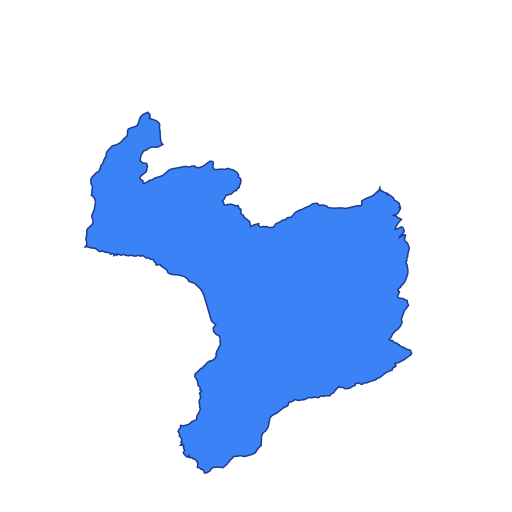 the district of Curití, Santander, Colombia, rotated 244°
{"feature_id": "7082276B68920496479863", "entity_name": "Curití", "entity_type": "district", "adm_level": 2, "iso_a3": "COL", "parent_name": "Colombia", "parent_adm1": "Santander", "projection": "equal_earth", "projection_center": [-73.025, 6.613], "detail": "fine", "context": "isolated", "style": "filled", "palette": "blue", "viewbox_px": 512, "rotation_deg": 244, "n_neighbors": 0, "source": "geoboundaries", "source_scale": "gbopen_adm2", "svg_char_len": 6110}
<svg xmlns="http://www.w3.org/2000/svg" viewBox="0 0 512 512"><g transform="rotate(244 256 256)"><path d="M136.8,113.7L134.7,113.0L134.0,111.0L132.3,108.9L129.6,109.4L127.7,108.1L125.6,109.0L122.6,108.5L121.7,106.9L120.3,107.7L119.0,105.1L117.9,108.0L117.4,108.2L116.2,107.0L114.5,106.6L112.8,107.0L111.6,104.8L110.6,104.3L106.7,105.3L105.3,106.2L104.9,107.2L106.0,108.3L103.7,108.2L102.7,110.1L101.5,110.4L99.3,112.6L95.1,112.9L91.7,110.6L90.1,112.6L88.7,112.9L86.7,114.9L83.5,114.6L82.7,116.9L83.0,120.2L84.4,122.8L84.6,125.2L82.8,129.6L80.2,133.5L81.6,138.8L83.9,143.4L84.7,146.5L85.6,147.6L83.0,155.4L81.7,156.3L80.5,158.9L79.3,166.2L79.5,169.2L82.1,173.6L83.4,177.5L91.4,181.9L94.0,184.7L94.6,188.2L96.9,191.9L104.4,197.7L105.6,200.5L105.7,205.9L107.5,214.0L107.4,218.9L110.0,221.3L109.4,224.3L109.5,226.8L110.0,228.4L108.3,229.8L107.3,231.6L106.8,233.7L105.8,236.0L105.6,238.5L105.8,239.8L105.2,242.5L104.1,243.8L103.9,245.2L102.7,248.2L101.3,249.8L101.8,253.4L100.3,254.8L99.8,257.6L98.0,261.1L99.2,263.4L99.0,265.7L100.4,268.2L102.3,273.3L100.8,274.1L100.5,275.5L99.7,276.6L97.7,277.7L96.3,281.4L96.1,282.5L96.5,285.4L96.2,288.3L97.3,289.1L97.5,290.6L96.4,293.3L95.1,293.8L94.1,295.1L94.4,298.2L93.5,299.5L93.2,303.8L92.2,309.6L92.9,311.0L92.5,313.6L94.3,322.3L93.9,328.6L95.3,329.6L95.5,333.0L95.8,333.5L96.2,333.9L97.1,333.4L98.4,333.6L97.7,337.0L97.9,344.2L98.9,348.5L99.1,351.1L100.3,353.3L100.9,352.7L103.0,353.6L103.9,353.2L106.3,350.5L109.2,348.6L110.9,346.8L112.6,345.8L113.5,345.8L113.8,345.0L116.0,344.5L116.4,343.5L117.5,342.5L120.8,341.2L121.1,339.7L122.5,338.9L123.2,339.7L123.5,341.5L125.9,344.4L127.5,348.2L128.0,351.5L129.7,355.2L132.4,358.3L135.4,358.9L141.6,365.1L144.8,371.5L147.5,371.6L149.7,372.4L150.9,371.1L153.1,369.8L155.5,366.0L157.9,365.5L160.6,369.1L161.5,369.3L162.1,368.6L162.8,368.5L163.7,369.0L164.1,369.5L164.5,372.2L164.8,372.7L165.7,372.8L166.0,375.3L168.1,379.2L173.3,384.5L177.1,386.5L181.9,387.9L184.7,388.0L186.0,389.7L187.6,390.2L189.0,392.1L191.5,393.5L195.2,396.8L196.6,397.4L201.2,397.8L203.9,396.6L205.3,396.5L209.3,399.6L210.2,398.1L210.3,395.6L209.7,393.0L210.3,393.5L211.5,397.2L212.6,399.3L213.6,400.2L216.4,400.5L218.4,399.7L218.6,393.7L219.0,392.7L220.5,394.0L223.3,398.1L225.2,402.8L228.5,400.3L230.4,399.5L232.2,397.5L232.0,400.4L232.3,402.4L235.3,406.6L235.8,407.0L236.8,405.9L237.4,407.2L240.6,407.7L243.4,406.4L245.3,405.0L248.5,404.8L252.9,402.5L253.5,402.0L253.3,400.8L254.6,401.6L256.7,399.4L259.4,397.7L259.8,396.6L263.1,397.3L261.3,395.5L259.2,388.4L259.0,385.6L259.5,380.5L259.2,375.4L258.8,374.9L256.5,374.1L255.1,372.7L256.8,368.9L259.3,357.7L261.9,353.7L264.9,346.8L267.4,342.7L268.3,341.9L269.8,341.6L272.7,338.2L273.2,336.9L273.4,335.3L276.7,334.0L277.9,330.6L278.0,328.4L277.5,326.5L277.9,321.0L277.6,318.5L278.2,314.3L277.9,310.3L275.4,304.7L276.6,301.4L276.5,300.2L275.8,298.3L276.6,295.2L276.1,292.5L276.2,287.8L274.2,284.3L275.7,280.6L276.9,279.1L277.8,278.7L278.8,275.9L279.4,275.5L279.5,274.0L280.5,272.1L282.5,271.8L283.9,272.7L284.9,267.8L284.8,264.2L289.9,265.3L296.2,262.3L298.1,262.5L300.4,260.9L304.1,262.8L305.0,262.8L305.7,261.7L309.0,262.1L309.5,261.7L310.1,259.4L311.5,258.5L313.8,255.8L314.9,252.5L314.9,250.7L315.8,249.9L318.7,250.3L319.9,249.7L321.2,252.7L323.2,254.8L323.6,256.4L323.2,256.9L323.1,259.4L322.5,260.7L324.0,265.7L323.3,267.0L324.6,268.8L324.9,271.1L326.2,271.7L328.7,274.6L329.4,274.7L330.9,275.9L333.0,275.8L335.0,274.8L336.4,275.9L339.4,275.6L343.7,273.0L344.3,271.9L347.0,269.4L347.6,265.6L349.1,263.5L351.3,257.6L352.7,256.3L354.7,256.0L358.0,258.4L359.7,258.6L361.0,257.1L361.3,255.8L359.9,247.9L360.3,243.6L362.0,240.5L363.3,240.7L364.0,239.8L365.0,237.5L365.1,234.8L367.5,231.9L371.4,217.5L371.2,215.0L369.2,207.3L370.4,199.0L369.9,195.8L370.8,193.3L370.1,191.4L370.4,186.8L371.7,186.6L373.2,187.4L376.0,185.6L377.8,186.6L378.3,187.4L379.8,193.8L381.0,195.5L383.2,196.5L384.1,197.8L387.2,198.3L389.2,195.1L391.4,194.0L392.9,193.9L396.7,196.6L399.5,200.8L399.6,202.2L399.2,203.9L399.7,205.9L399.7,209.9L396.9,215.4L397.1,221.2L399.9,220.5L404.4,221.9L410.2,224.5L413.1,225.2L416.4,227.1L418.0,227.1L421.2,225.8L426.6,220.4L427.4,221.7L429.7,222.7L432.7,221.7L432.7,216.0L431.4,212.7L426.9,208.4L425.5,206.6L425.2,204.4L426.0,199.8L426.1,197.0L425.4,195.9L421.0,193.3L420.3,192.4L419.1,188.2L417.8,185.3L417.1,182.0L417.2,179.1L418.0,175.1L415.5,168.5L414.1,166.6L411.8,165.3L409.2,161.6L406.4,158.8L405.1,155.9L403.3,154.7L400.9,151.6L400.9,149.2L399.1,144.0L397.6,141.3L393.4,139.4L389.6,139.5L387.5,137.6L384.9,136.4L382.6,134.6L381.9,135.5L378.7,136.0L375.3,135.7L368.9,131.2L364.3,126.1L363.3,125.6L359.3,125.1L357.6,124.2L356.1,122.5L354.3,116.4L352.9,114.8L349.8,113.6L345.8,110.5L341.5,109.6L340.0,108.5L339.1,106.4L337.9,109.0L336.0,110.7L333.4,114.8L328.4,117.4L327.7,120.4L325.7,121.9L323.4,125.5L321.2,126.2L321.0,128.3L320.2,129.0L318.6,128.5L319.0,131.5L317.8,131.1L317.9,133.1L315.8,135.1L315.4,138.1L314.0,138.8L312.1,141.5L311.4,144.3L310.4,145.1L308.5,147.9L308.5,149.1L307.6,151.5L306.6,151.9L306.2,152.6L306.5,154.3L305.1,154.8L304.4,155.6L302.6,156.1L301.4,158.6L299.5,159.6L298.1,162.0L296.0,162.0L293.3,162.9L291.7,162.3L291.0,163.5L290.6,166.0L290.1,166.4L288.6,166.3L282.2,169.9L279.7,169.5L277.4,171.0L275.1,174.1L273.6,177.1L268.9,182.7L265.7,184.3L262.6,184.6L258.4,188.8L250.9,191.6L247.4,192.1L242.3,191.8L217.9,187.6L216.0,187.8L211.9,189.7L210.0,185.9L206.6,184.8L202.7,186.0L200.4,187.9L196.8,187.4L194.5,185.8L192.2,185.7L190.6,182.8L188.4,180.6L188.1,179.6L185.2,176.9L184.0,177.0L182.9,175.3L181.8,174.6L181.8,173.1L181.1,172.1L181.5,171.0L181.2,169.0L182.1,168.5L181.7,167.3L181.7,165.4L181.0,164.4L179.5,159.7L178.7,159.0L179.2,157.1L178.1,154.7L176.8,149.9L176.2,149.2L174.6,148.2L170.6,148.6L168.2,148.3L165.2,147.2L162.1,148.2L159.9,146.8L159.2,147.8L158.3,147.9L157.4,145.0L155.0,145.0L154.5,144.4L153.3,144.4L150.3,141.0L146.6,140.1L144.9,139.0L142.8,139.0L140.7,136.5L140.2,136.4L139.0,133.8L137.7,132.4L135.0,130.9L135.3,125.7L134.3,123.0L134.3,120.9L135.1,116.4L136.8,114.2L136.8,113.7Z" fill="#3b82f6" stroke="#1e3a8a" stroke-width="1.5"/></g></svg>